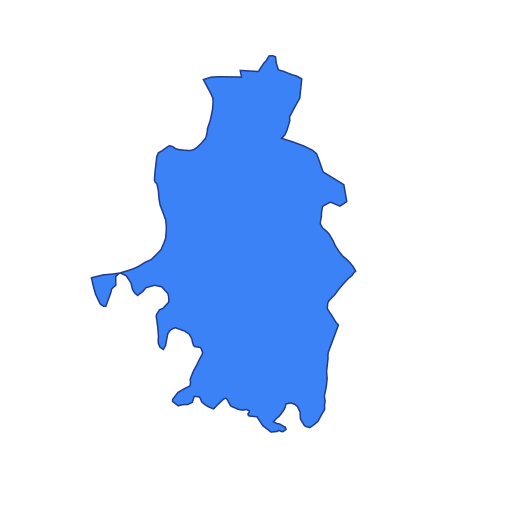 Basyun, Al Gharbiyah, Egypt, rotated 40°
{"feature_id": "37247803B14729269607977", "entity_name": "Basyun", "entity_type": "district", "adm_level": 2, "iso_a3": "EGY", "parent_name": "Egypt", "parent_adm1": "Al Gharbiyah", "projection": "robinson", "projection_center": [30.832, 30.96], "detail": "fine", "context": "isolated", "style": "filled", "palette": "blue", "viewbox_px": 512, "rotation_deg": 40, "n_neighbors": 0, "source": "geoboundaries", "source_scale": "gbopen_adm2", "svg_char_len": 3893}
<svg xmlns="http://www.w3.org/2000/svg" viewBox="0 0 512 512"><g transform="rotate(40 256 256)"><path d="M290.4,155.8L277.4,144.9L253.4,148.5L241.2,141.2L236.5,138.7L235.0,138.7L231.2,138.7L221.8,141.0L210.6,145.0L207.0,146.5L199.9,149.3L200.3,144.8L199.2,140.9L198.8,139.5L198.5,138.9L194.9,130.6L192.3,127.9L189.7,115.7L189.6,115.0L188.0,106.8L185.1,102.6L182.7,99.0L177.2,90.9L171.4,92.0L166.3,94.3L158.8,96.7L153.5,99.0L147.8,95.4L142.9,90.9L140.2,91.8L137.4,94.3L138.3,100.1L138.0,103.2L138.3,105.4L138.5,107.8L138.8,109.6L139.3,113.1L124.6,124.0L129.9,128.2L113.7,141.4L110.5,144.2L106.6,147.9L106.5,148.0L102.3,154.7L111.7,158.5L117.0,160.6L121.5,162.8L124.2,165.6L128.5,171.7L133.8,181.5L136.9,189.5L139.1,192.6L139.5,193.5L141.6,197.7L141.7,204.7L141.4,207.0L141.0,210.6L139.9,214.7L137.6,217.7L133.2,221.0L128.1,224.3L125.5,225.4L122.4,225.7L122.0,225.8L120.7,226.2L118.9,227.2L118.3,228.4L117.2,232.5L116.3,236.1L114.9,239.5L116.0,243.5L124.2,255.9L129.4,263.2L131.4,264.2L133.6,264.4L135.4,265.7L138.5,268.2L139.6,269.1L145.0,274.6L149.8,278.6L158.9,283.7L163.7,286.5L167.5,290.2L170.7,293.9L175.4,300.6L177.3,305.8L177.5,306.7L178.2,308.9L178.2,309.0L179.2,312.1L178.7,319.5L178.0,326.3L175.2,331.8L172.9,338.9L171.2,342.7L169.3,346.2L166.6,350.5L163.2,355.7L162.9,356.3L165.8,355.5L169.3,354.6L177.4,356.9L182.7,360.9L186.7,362.3L190.7,362.3L192.1,356.0L192.1,351.0L193.0,349.7L194.8,347.0L197.4,343.4L203.7,340.2L212.5,341.4L214.8,343.0L217.5,345.7L218.8,347.5L218.4,356.0L216.6,359.2L217.0,361.9L217.5,365.1L217.9,365.5L218.8,366.9L221.1,368.7L223.9,371.4L226.4,373.6L233.1,380.4L234.9,383.1L237.5,385.8L241.1,387.6L245.1,387.2L244.2,382.7L238.4,372.3L238.0,369.2L238.4,366.5L240.2,362.8L241.1,362.5L247.4,360.2L248.7,359.7L249.6,359.3L255.0,358.8L259.9,360.6L262.1,362.4L265.7,364.7L267.4,364.7L271.9,362.0L273.2,362.0L277.2,364.3L278.1,366.1L279.0,371.0L279.9,374.7L280.8,377.8L281.2,380.5L282.1,384.6L284.8,392.7L287.5,395.4L288.8,397.7L288.4,399.5L287.0,402.2L285.7,405.8L283.9,410.7L284.3,419.3L285.2,420.6L285.7,421.1L291.0,420.8L292.8,420.7L295.0,417.5L297.2,415.3L299.0,413.9L301.3,409.0L299.5,404.9L299.0,403.1L301.1,401.7L303.1,400.4L304.8,400.9L308.4,402.7L312.0,402.7L316.0,402.2L319.4,401.2L321.8,400.4L322.2,394.1L322.5,392.1L323.1,386.5L324.0,384.7L324.9,384.2L326.7,384.7L332.5,387.0L333.9,387.0L341.4,384.7L345.0,382.5L347.2,379.8L350.4,378.9L351.3,380.2L351.2,382.0L352.6,383.0L353.5,383.0L360.2,378.5L362.8,379.4L366.0,380.3L370.0,381.6L380.7,381.2L381.7,380.2L385.1,376.7L385.6,374.9L388.7,374.0L389.2,373.5L389.6,373.1L390.5,369.5L388.3,368.2L387.4,368.6L382.0,369.5L379.8,370.9L375.8,371.7L376.2,366.3L376.7,364.1L376.7,362.0L376.7,360.5L376.3,356.4L375.8,353.7L374.0,350.1L377.2,346.1L379.8,345.2L380.7,344.7L384.7,344.7L390.5,347.5L392.3,349.7L395.0,352.4L401.7,354.7L403.5,354.7L407.5,352.9L408.6,348.9L408.8,348.0L409.3,345.7L409.7,342.6L408.0,334.4L407.5,330.4L406.6,328.6L404.4,326.3L402.2,322.7L398.9,319.8L398.2,319.1L395.1,313.2L393.3,310.1L389.3,304.2L384.4,299.2L383.5,297.9L376.9,288.0L375.3,286.3L373.3,283.4L364.8,259.5L363.5,255.9L359.9,255.4L355.9,254.1L351.9,252.7L348.3,251.8L344.3,250.4L341.2,245.9L340.7,243.7L340.7,240.9L341.2,236.0L341.2,234.2L341.0,232.2L340.8,229.2L340.8,225.6L340.8,222.0L341.2,213.5L342.1,209.4L341.7,206.2L342.1,203.5L339.1,202.4L337.2,201.7L332.3,200.8L329.2,200.4L325.2,200.3L322.5,200.3L317.6,199.4L314.5,198.5L310.0,197.1L305.6,194.9L298.0,192.2L294.4,191.7L289.1,191.7L285.0,190.3L283.7,189.0L280.6,183.6L278.4,180.8L276.6,177.8L275.2,175.4L275.7,173.6L278.3,166.9L288.3,163.8L290.4,156.5L290.4,155.8ZM143.9,378.5L144.3,378.9L145.7,379.8L149.2,382.5L152.4,384.8L157.7,388.4L167.5,392.9L171.5,392.5L173.3,391.1L168.4,377.6L166.6,374.0L167.1,369.9L167.5,368.6L166.9,367.9L161.7,361.8L162.2,357.7L162.9,356.3L156.8,363.0L151.2,368.5L143.9,378.5Z" fill="#3b82f6" stroke="#1e3a8a" stroke-width="1.5"/></g></svg>